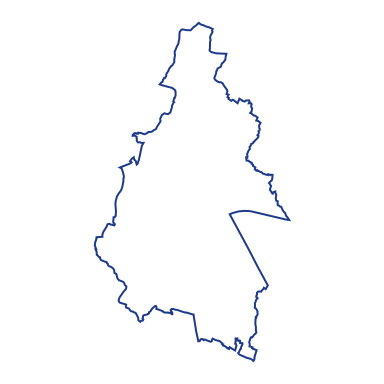 Kota Cimahi, Jawa Barat, Indonesia
{"feature_id": "22746128B53430054982428", "entity_name": "Kota Cimahi", "entity_type": "district", "adm_level": 2, "iso_a3": "IDN", "parent_name": "Indonesia", "parent_adm1": "Jawa Barat", "projection": "robinson", "projection_center": [107.546, -6.882], "detail": "fine", "context": "isolated", "style": "outline", "palette": "blue", "viewbox_px": 384, "rotation_deg": 0, "n_neighbors": 0, "source": "geoboundaries", "source_scale": "gbopen_adm2", "svg_char_len": 6027}
<svg xmlns="http://www.w3.org/2000/svg" viewBox="0 0 384 384"><path d="M203.9,340.2L204.6,339.6L205.7,339.7L206.4,340.2L210.2,341.6L211.3,341.6L211.8,341.1L212.0,339.7L212.6,338.6L215.5,340.0L217.9,340.7L219.0,340.8L219.7,341.2L222.1,343.2L221.9,343.9L223.1,344.3L222.8,344.8L222.9,345.4L225.6,346.5L226.2,347.3L227.4,347.8L227.3,348.2L229.0,349.0L229.6,347.2L235.1,350.5L235.7,348.5L235.8,347.4L236.5,345.6L235.8,343.8L235.2,343.7L235.8,340.2L235.5,339.1L235.6,338.4L237.4,338.4L237.4,340.5L239.4,340.5L239.4,341.1L240.1,341.0L240.1,343.1L242.2,343.1L242.2,344.3L242.4,344.3L242.1,345.3L241.2,346.7L240.9,348.9L240.2,349.2L238.6,352.8L238.2,353.0L238.7,353.9L239.8,354.8L246.7,357.8L250.5,358.8L252.4,360.0L253.1,360.8L253.4,361.0L253.7,360.7L254.5,358.9L254.5,357.1L256.6,350.2L254.2,349.2L253.2,348.5L253.0,348.8L252.0,348.0L252.3,347.2L249.5,346.4L249.7,345.4L249.7,343.9L249.2,342.3L250.3,338.4L251.3,337.1L252.0,337.5L252.3,337.3L254.1,334.7L255.5,333.6L256.4,332.4L255.9,330.5L255.9,327.2L255.3,323.7L255.6,318.6L256.3,317.9L255.7,317.0L257.1,315.6L257.7,313.7L257.4,312.5L257.6,311.5L256.1,308.7L254.8,307.8L254.7,307.4L255.0,306.2L254.9,303.4L256.5,299.2L257.6,298.4L257.4,297.7L256.3,297.0L256.2,296.2L257.1,294.3L257.0,292.7L257.9,291.7L259.8,291.4L260.9,291.7L261.3,291.4L262.4,289.8L263.4,289.0L263.9,287.8L265.7,289.1L267.8,285.4L258.0,267.4L249.0,249.9L229.7,214.2L233.1,212.9L238.7,211.4L243.9,210.9L248.3,211.0L251.5,211.4L285.4,219.4L289.2,220.0L287.5,217.4L286.1,215.8L285.1,212.9L283.8,211.8L282.6,210.0L281.2,206.8L279.7,206.4L279.1,205.6L278.1,205.4L277.6,204.9L277.7,201.2L276.3,200.8L275.7,198.2L276.3,194.9L275.3,192.7L275.3,191.5L273.1,192.3L272.8,193.7L272.3,193.5L269.9,189.6L271.1,185.8L270.3,185.0L269.6,183.5L269.0,183.0L269.6,182.2L271.8,180.3L272.3,178.3L272.6,174.9L269.9,174.7L269.9,174.9L268.2,174.2L267.9,175.1L264.0,174.0L262.9,173.6L261.4,172.1L260.7,172.2L257.6,170.4L257.4,170.9L256.1,170.5L256.0,170.0L254.8,169.4L255.4,167.5L252.9,165.8L253.0,164.6L251.5,163.7L251.7,162.7L248.8,161.3L248.6,160.7L246.6,160.6L246.2,158.5L246.2,157.3L247.3,157.6L247.5,156.2L247.1,154.1L248.4,150.9L249.9,148.9L249.6,147.7L249.7,146.7L250.4,146.3L251.2,143.9L252.7,143.4L253.2,142.9L253.5,142.0L254.4,141.5L254.6,140.9L257.2,138.5L258.4,136.7L258.4,135.7L257.5,135.1L258.4,134.2L258.9,132.6L258.5,131.3L259.7,129.9L259.7,128.6L259.2,127.8L259.1,125.5L260.5,122.8L258.2,121.0L256.3,120.6L257.6,117.5L255.3,115.8L253.7,115.4L251.1,113.3L250.2,113.0L250.8,112.2L251.5,111.9L252.1,108.5L251.9,107.9L251.3,107.3L251.2,105.5L251.7,104.3L251.0,103.2L248.8,103.3L249.6,101.5L249.1,100.4L245.5,100.6L244.8,101.5L244.3,101.5L242.3,100.8L242.3,100.5L239.4,98.7L237.6,103.2L233.7,100.2L232.6,99.8L231.3,100.8L228.5,99.0L228.8,97.9L227.5,97.2L228.6,94.7L226.6,94.1L227.3,91.6L227.2,90.2L223.7,85.3L223.0,83.8L221.4,82.4L218.6,82.1L217.4,81.4L215.4,80.0L214.5,78.8L214.4,77.9L216.0,73.5L216.4,70.9L217.0,70.5L217.5,68.6L220.8,66.7L221.9,63.4L223.2,62.5L225.3,59.8L225.7,56.5L226.4,53.8L216.1,53.3L211.4,52.1L209.8,50.9L209.5,50.2L209.9,48.6L210.0,43.2L210.1,41.7L210.7,39.9L210.0,37.8L210.5,35.8L212.5,32.0L212.5,31.3L212.0,30.7L212.7,29.0L209.1,27.3L205.7,26.4L203.8,25.4L200.7,24.4L199.0,23.0L198.7,23.5L198.1,23.3L196.3,25.3L193.9,26.9L190.6,30.3L186.5,30.1L182.3,29.4L181.2,29.9L179.6,32.2L179.3,37.4L179.5,37.9L178.7,41.3L178.6,42.7L178.1,44.4L177.3,45.5L174.7,51.7L174.7,53.5L175.0,54.9L174.2,60.2L174.4,61.6L174.1,62.5L172.2,65.5L171.4,65.8L169.1,68.8L168.3,71.0L166.7,73.3L166.3,74.3L166.2,76.2L165.2,77.9L164.1,77.9L163.4,79.4L163.0,79.8L162.5,81.9L161.4,82.4L159.7,84.4L161.9,85.2L172.1,87.9L175.0,90.1L175.5,91.2L175.6,95.5L174.6,98.2L174.2,98.1L173.3,101.5L174.1,102.2L173.5,102.7L172.0,105.8L171.9,107.5L170.3,112.5L168.0,114.1L166.6,113.9L164.4,113.3L161.8,115.2L160.2,118.8L160.5,121.4L156.8,127.1L156.1,128.9L155.1,129.6L153.9,130.0L152.7,131.2L150.9,131.9L148.3,132.0L147.5,132.9L144.8,134.2L143.8,134.1L141.0,133.0L138.2,132.7L137.9,133.8L136.2,133.2L136.0,133.6L135.3,133.3L134.5,133.2L132.7,135.0L132.7,135.8L134.2,135.4L136.6,136.7L136.6,138.2L136.9,139.1L136.7,140.0L136.8,140.9L137.9,142.4L140.2,142.3L141.2,142.9L143.5,142.9L141.9,145.7L138.8,160.2L138.5,160.7L137.6,163.7L136.7,164.5L135.7,161.0L134.1,159.4L133.8,157.3L132.0,158.5L130.0,161.2L131.6,162.3L131.0,162.9L129.4,163.8L119.9,167.5L121.6,168.4L123.0,172.4L123.9,176.6L123.3,179.6L123.5,181.1L123.1,182.4L122.4,186.6L121.3,189.8L120.7,190.9L118.9,193.2L117.0,196.4L115.8,200.7L115.4,203.6L116.0,212.2L115.6,215.1L115.8,215.7L115.0,216.9L114.1,217.4L113.6,217.3L113.2,221.7L113.4,222.8L114.7,223.9L114.8,224.6L114.3,225.4L110.5,224.5L109.6,223.8L107.9,224.1L107.4,224.5L106.6,226.6L103.3,232.0L102.4,234.5L102.4,236.8L96.5,237.2L96.4,238.0L96.6,238.2L95.2,242.4L94.8,245.4L96.1,248.9L95.6,248.8L95.4,249.0L96.6,251.6L96.8,254.9L97.4,255.2L99.0,257.1L100.1,257.3L100.1,258.5L100.9,260.0L105.2,261.8L106.5,261.9L106.9,263.1L107.9,264.0L107.9,264.8L108.5,265.8L111.4,267.1L113.0,268.4L114.1,269.8L114.5,273.0L116.4,274.0L117.2,277.6L117.8,278.9L119.1,280.3L123.1,281.8L124.1,282.8L124.9,285.1L126.4,286.4L126.0,288.9L123.7,291.5L119.5,297.5L118.7,300.1L118.7,301.0L119.2,301.9L119.9,302.7L125.7,304.4L126.2,304.8L125.8,305.9L126.1,307.5L129.0,308.6L130.6,311.0L131.0,311.2L133.2,311.7L133.9,312.4L135.1,312.6L135.8,313.1L138.1,317.6L138.4,320.3L140.2,321.8L141.1,320.8L142.7,320.6L143.3,319.6L142.5,318.4L142.9,317.6L143.1,315.8L144.2,315.1L146.9,314.6L147.8,313.9L148.4,313.9L149.1,313.1L149.0,312.3L150.6,311.1L151.7,309.1L154.5,306.4L155.4,306.0L156.1,306.2L156.4,306.9L156.4,309.0L158.5,309.5L162.2,311.0L162.5,311.4L163.1,311.4L163.8,312.3L166.4,312.7L167.8,312.5L168.9,312.9L170.0,312.7L171.8,314.2L172.3,314.2L172.4,313.5L172.0,312.2L170.6,310.1L171.4,309.1L173.5,309.0L174.8,309.6L177.1,309.9L183.3,312.0L186.2,312.7L186.6,312.5L193.0,314.6L193.5,314.5L196.2,331.4L198.3,341.2L199.0,340.8L199.6,341.1L200.1,340.5L200.5,339.4L201.3,339.0L202.9,339.2L203.0,339.7L203.9,340.2Z" fill="none" stroke="#1e3a8a" stroke-width="2"/></svg>